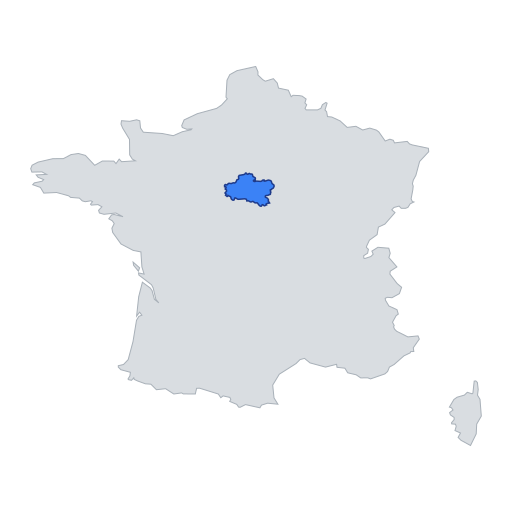 France, with Loiret highlighted
{"feature_id": "FRA-5317", "entity_name": "Loiret", "entity_type": "Metropolitan department", "adm_level": 1, "iso_a3": "FRA", "parent_name": "France", "parent_adm1": "", "projection": "robinson", "projection_center": [2.43, 47.912], "detail": "fine", "context": "in_parent", "style": "filled", "palette": "blue", "viewbox_px": 512, "rotation_deg": 0, "n_neighbors": 0, "source": "natural_earth", "source_scale": "10m", "svg_char_len": 6468}
<svg xmlns="http://www.w3.org/2000/svg" viewBox="0 0 512 512"><path d="M413.9,202.0L410.2,203.8L407.9,207.4L405.6,208.3L401.2,208.3L399.1,206.1L393.9,207.5L391.8,209.8L395.0,212.6L384.9,224.1L378.4,227.1L377.1,234.6L369.4,240.2L366.6,246.2L366.4,247.4L368.4,249.3L367.6,253.2L363.7,255.7L363.8,258.1L364.9,258.5L370.9,256.5L373.2,254.2L371.9,251.1L377.9,247.3L388.8,248.2L390.2,253.3L388.9,257.6L396.9,266.9L390.2,271.2L389.9,274.1L397.1,283.5L401.6,287.3L399.4,293.6L392.0,297.7L387.3,297.3L385.2,298.3L385.5,300.3L388.9,306.0L397.0,309.7L398.3,314.1L396.1,315.7L392.5,322.2L394.2,325.5L393.6,326.9L394.5,329.1L396.7,331.3L407.9,336.9L418.0,335.9L419.3,339.1L413.3,347.7L413.8,351.5L410.7,351.6L410.1,352.9L404.0,355.8L394.1,364.5L389.4,367.1L387.6,371.5L384.9,373.9L370.5,378.9L367.7,377.8L360.7,377.9L356.2,374.8L347.7,372.8L344.9,368.2L337.0,367.3L336.6,364.3L325.5,367.1L310.0,362.9L304.5,358.4L300.0,359.6L296.0,363.6L279.3,374.2L272.7,385.1L274.0,397.9L277.9,404.2L267.6,403.2L261.5,405.1L259.9,407.8L245.5,404.6L240.1,407.3L238.6,407.1L236.8,404.4L229.7,401.4L230.8,399.3L229.8,397.4L223.1,395.9L220.8,397.7L218.3,394.0L199.6,388.2L196.6,388.3L195.3,394.0L183.3,393.9L181.6,392.9L173.8,394.0L165.6,388.7L156.4,389.7L150.9,384.2L145.4,383.8L137.7,381.0L134.2,379.4L133.8,377.8L131.5,380.3L128.6,379.7L128.0,379.0L129.9,375.9L130.4,372.3L120.8,369.7L118.3,367.1L118.3,365.7L123.5,364.5L128.2,359.6L133.0,341.6L136.5,320.3L138.9,316.3L141.9,315.2L139.6,312.2L136.6,316.1L138.7,296.7L142.4,282.2L150.3,288.1L152.1,290.7L154.4,299.3L158.8,302.9L155.9,299.4L153.2,288.0L151.5,284.7L138.9,275.1L138.5,272.9L144.1,274.1L141.9,266.9L140.9,251.9L133.2,250.4L121.0,244.0L112.7,232.5L111.9,228.2L114.2,223.6L112.3,220.8L108.8,218.8L111.6,214.9L114.1,214.5L123.0,216.7L115.8,213.0L104.0,214.3L99.4,213.0L98.6,210.3L101.9,206.8L98.0,204.6L91.3,205.1L90.5,204.2L92.5,201.7L90.9,200.8L85.3,201.7L82.3,200.9L79.4,198.1L70.6,197.4L68.6,195.8L56.6,192.5L43.8,193.1L40.4,187.4L32.7,184.7L34.3,182.9L42.2,181.2L43.7,179.6L38.1,177.3L36.2,174.9L46.6,174.4L42.0,171.9L31.9,172.1L30.7,168.7L32.1,165.2L38.1,162.1L52.8,158.7L63.4,158.6L71.0,154.6L78.4,153.5L85.4,155.4L94.7,165.3L102.4,161.0L113.8,161.1L116.0,163.6L119.2,159.1L121.6,161.7L135.4,160.8L132.3,159.1L129.7,154.9L129.5,139.4L122.7,128.2L121.0,124.1L121.5,120.7L129.7,121.3L136.6,119.8L139.8,120.8L140.5,128.0L143.3,132.2L162.2,133.5L173.2,135.7L182.4,131.7L191.1,129.8L191.8,128.9L186.8,129.3L182.3,127.5L181.7,125.6L184.1,119.9L197.3,113.7L216.6,108.4L221.6,105.0L227.3,98.8L226.0,97.2L227.0,80.2L229.8,74.6L237.1,70.6L255.7,66.5L258.0,71.9L257.9,75.0L262.8,79.7L265.3,81.2L273.4,78.7L277.3,83.1L278.5,88.1L288.3,90.2L291.2,96.7L293.0,95.3L299.2,95.6L302.1,96.1L306.1,99.0L304.9,102.9L306.7,104.8L305.0,108.4L306.2,109.9L317.5,109.9L320.9,108.3L322.4,104.7L325.8,102.5L327.1,103.2L325.0,110.0L326.6,111.7L327.5,116.6L331.7,117.0L340.1,120.9L347.2,127.4L355.9,126.3L362.7,130.0L369.8,128.1L376.4,130.1L378.8,131.9L385.2,141.0L389.9,139.2L393.3,140.3L394.5,142.9L407.2,141.4L409.5,143.9L412.2,144.9L428.4,148.3L428.7,151.7L419.6,161.5L415.9,175.3L413.3,180.1L412.4,183.7L413.2,186.1L412.8,189.9L411.1,198.9L412.3,201.5L413.9,202.0ZM478.2,389.5L477.5,395.2L480.0,399.4L481.3,416.1L476.7,424.1L476.2,433.9L470.5,445.5L461.0,440.3L458.1,437.4L460.5,433.0L455.0,430.6L456.2,426.3L455.5,424.2L451.7,423.9L451.5,422.8L454.2,419.5L454.1,417.4L450.4,414.9L449.6,412.6L453.0,410.0L451.4,407.7L449.4,407.1L453.9,399.5L457.1,397.2L464.4,395.1L467.3,392.3L472.1,393.8L472.9,393.1L474.2,381.1L475.8,380.9L477.4,382.5L478.2,389.5ZM139.6,267.8L138.4,271.2L133.6,265.3L133.1,262.1L139.6,267.8Z" fill="#d9dde1" stroke="#a8b0b8" stroke-width="1"/><path d="M227.1,196.5L225.5,195.2L225.7,194.9L226.0,194.3L226.2,194.1L225.0,193.0L225.6,192.2L226.5,191.4L226.5,190.0L226.1,189.6L225.5,189.3L225.2,189.1L225.3,188.6L226.0,188.0L226.1,187.5L225.9,187.0L225.6,186.7L225.3,186.7L224.6,186.8L224.5,185.5L224.7,185.1L225.2,184.6L225.7,184.5L226.6,184.9L227.1,184.8L227.6,184.4L228.1,183.7L228.6,183.4L229.4,183.3L231.1,183.6L233.0,182.9L233.6,182.8L234.4,183.0L235.0,182.8L235.6,182.4L236.1,181.7L236.7,180.3L237.0,179.7L237.6,179.5L238.1,179.4L238.4,179.3L238.6,178.9L238.8,178.4L238.5,177.1L238.5,176.6L238.6,176.3L239.2,175.4L243.7,174.6L244.7,174.2L245.0,173.9L245.2,173.7L245.4,173.2L245.7,173.0L246.0,173.0L246.4,173.3L246.7,173.5L246.8,173.8L246.9,174.0L247.1,174.2L247.5,174.3L248.2,174.1L248.6,173.9L248.8,173.6L249.0,173.5L249.3,173.4L250.7,174.1L251.6,174.0L251.9,174.0L252.4,174.5L252.5,174.8L252.9,176.3L253.0,176.4L253.0,176.5L254.8,177.5L255.2,177.8L255.4,178.2L255.4,178.4L255.3,178.7L255.0,179.2L255.0,179.3L255.2,179.6L255.3,179.9L255.2,180.1L254.9,180.3L254.1,180.1L253.9,180.1L253.6,180.3L253.5,180.5L253.4,180.8L253.5,181.0L254.0,181.4L254.4,181.5L254.9,181.5L256.0,181.2L256.5,181.1L260.7,181.4L261.1,181.3L261.8,181.0L262.1,180.7L262.3,180.4L262.6,180.2L263.1,180.0L263.9,180.0L264.3,180.1L264.4,180.3L264.2,180.5L264.1,180.8L264.1,181.0L264.6,181.1L265.1,181.1L268.2,180.1L268.6,180.1L269.1,180.2L270.3,180.5L270.7,180.7L270.9,180.9L271.2,181.1L271.3,181.3L271.9,183.2L272.1,183.6L272.4,183.8L273.3,184.5L273.8,184.9L274.0,185.2L274.0,185.5L274.1,186.2L274.0,186.6L273.4,187.9L273.1,188.2L272.8,188.4L272.2,188.7L271.9,188.9L271.4,189.5L271.2,189.7L270.9,189.7L270.5,189.7L270.3,189.8L270.3,190.1L270.4,191.1L270.5,191.5L270.8,191.9L270.9,192.1L270.7,192.5L270.5,192.9L270.4,193.1L270.5,193.4L270.5,193.6L270.5,193.9L270.3,194.3L270.0,194.5L269.0,194.8L268.0,195.3L267.7,195.4L267.4,195.4L266.8,195.4L266.2,195.5L265.9,195.6L265.6,195.7L265.4,195.9L265.4,196.0L265.3,196.3L265.3,196.7L265.3,197.0L265.5,197.3L265.8,197.4L266.1,197.5L266.4,197.6L266.7,197.7L267.5,198.4L267.9,198.8L268.3,199.4L268.5,199.9L268.5,200.2L268.2,200.7L268.2,201.0L268.4,201.4L269.3,202.4L269.6,203.0L268.9,203.2L267.7,203.2L267.4,203.3L266.2,203.9L266.1,204.1L266.6,204.9L266.0,205.1L264.9,205.7L264.3,205.8L263.8,205.5L262.9,204.7L262.2,204.7L262.0,205.0L261.8,205.6L261.3,206.2L260.6,206.2L260.0,206.0L258.9,205.0L257.6,203.2L257.1,202.8L255.4,202.9L254.7,202.7L253.2,201.5L252.7,201.4L251.0,202.0L250.2,201.8L248.6,200.9L247.9,200.8L246.9,201.0L246.4,199.3L244.8,198.8L238.6,199.3L237.7,199.2L236.0,198.2L235.2,197.9L234.8,198.0L234.6,198.2L234.5,199.1L233.9,200.1L232.9,200.2L231.9,199.6L231.2,198.8L230.7,196.9L230.4,196.6L229.1,196.1L228.0,195.4L227.6,196.2L227.4,196.4L227.1,196.5Z" fill="#3b82f6" stroke="#1e3a8a" stroke-width="1.5"/></svg>